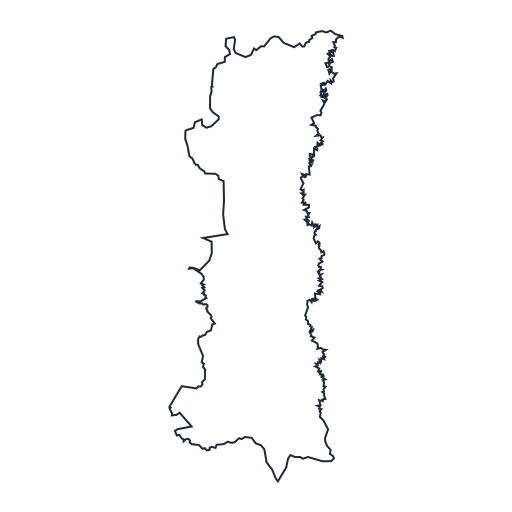 outline of Jericho & Al Aghwar, West Bank, Palestine
{"feature_id": "87354302B18647900198549", "entity_name": "Jericho & Al Aghwar", "entity_type": "district", "adm_level": 2, "iso_a3": "PSE", "parent_name": "Palestine", "parent_adm1": "West Bank", "projection": "robinson", "projection_center": [35.498, 31.968], "detail": "fine", "context": "isolated", "style": "outline", "palette": "slate", "viewbox_px": 512, "rotation_deg": 0, "n_neighbors": 0, "source": "geoboundaries", "source_scale": "gbopen_adm2", "svg_char_len": 6001}
<svg xmlns="http://www.w3.org/2000/svg" viewBox="0 0 512 512"><path d="M342.4,36.1L335.2,34.1L330.8,30.7L326.2,32.5L322.3,31.1L316.2,32.2L315.4,34.2L311.6,35.9L312.3,38.1L309.3,39.9L309.2,41.7L305.9,42.7L304.2,46.5L302.3,46.5L299.7,43.5L294.1,47.2L283.8,42.9L278.5,36.9L273.7,36.5L270.5,38.4L264.2,46.3L261.0,46.3L256.2,50.2L254.0,48.5L251.0,54.9L245.5,57.1L235.7,53.0L233.7,49.1L235.1,39.8L233.9,37.1L226.2,38.7L225.5,46.1L229.1,49.8L230.0,54.0L224.9,57.1L224.7,61.9L217.4,64.0L216.0,67.1L213.3,69.1L211.9,85.7L212.5,86.6L211.2,87.2L211.6,91.8L210.1,96.3L210.0,108.3L212.7,112.2L218.6,116.3L218.8,119.2L211.4,126.2L206.4,127.7L202.3,125.2L201.7,119.4L194.9,122.3L193.6,127.8L185.7,130.4L185.4,131.9L185.2,138.8L187.6,146.2L189.4,156.3L192.4,158.5L194.6,163.3L195.9,164.8L197.8,164.9L199.7,168.3L204.2,171.3L205.1,173.5L215.3,173.8L218.3,175.7L218.7,179.0L223.6,181.2L224.0,201.0L223.1,214.2L224.9,229.1L227.6,234.1L203.1,238.0L211.6,241.7L211.8,253.2L209.3,260.6L199.9,270.3L193.3,267.9L189.6,267.5L189.0,268.7L193.3,268.2L201.4,273.8L203.6,276.7L203.8,279.7L200.9,283.3L203.7,284.6L202.2,285.1L204.3,287.4L202.4,287.9L204.6,290.1L202.4,293.3L204.2,293.5L204.1,294.8L205.9,295.5L205.4,297.0L206.4,298.0L200.5,301.4L195.4,301.2L199.5,303.5L202.3,303.4L203.2,304.6L206.1,304.1L207.4,305.2L207.6,306.5L206.1,308.4L207.5,310.4L207.2,311.4L211.0,315.3L211.6,316.6L210.8,318.3L214.8,323.6L212.4,324.4L210.9,330.4L207.0,331.8L204.9,335.2L202.8,335.3L201.0,336.9L199.6,336.4L198.1,339.1L198.2,344.1L203.0,356.0L201.7,362.4L203.9,363.7L203.0,367.0L205.1,369.4L204.8,379.5L201.9,382.2L202.5,384.3L200.8,386.5L198.2,386.4L196.4,388.4L181.7,386.2L169.4,406.9L170.6,407.7L169.7,408.7L172.1,413.7L171.8,415.4L176.5,414.9L179.6,412.7L191.6,426.5L177.4,429.2L174.9,431.0L176.9,435.5L179.3,434.8L181.9,438.6L183.6,439.3L183.6,441.3L185.7,439.3L188.4,438.9L190.0,440.4L189.7,442.6L191.9,444.2L198.9,445.0L202.7,448.9L204.6,448.1L206.8,450.3L209.6,449.9L209.6,447.9L211.6,446.8L215.5,447.9L216.6,444.8L223.8,444.1L227.6,441.8L231.8,442.9L234.6,442.2L239.1,438.2L241.7,439.1L245.0,437.0L251.8,437.9L255.7,443.3L260.9,445.2L264.4,449.4L266.5,462.2L272.2,469.7L275.9,478.8L277.9,481.3L286.2,467.5L288.1,458.5L290.5,455.1L295.3,457.1L300.0,457.0L302.9,458.7L307.9,457.0L322.6,461.3L331.2,461.2L333.9,458.4L333.1,456.2L329.9,453.8L330.6,449.9L327.0,445.8L325.2,441.3L325.1,437.9L328.1,429.4L323.6,420.7L319.8,416.8L320.7,412.8L319.6,411.3L321.3,409.1L319.1,408.8L319.8,406.7L317.6,405.8L320.5,405.1L319.1,400.2L320.6,400.9L321.9,400.0L322.8,401.0L323.4,399.1L325.4,398.9L324.0,395.3L324.3,393.5L322.4,392.0L323.9,391.3L323.5,389.3L325.6,386.7L323.5,386.3L324.1,382.3L322.7,380.2L325.4,379.3L321.4,377.0L321.6,375.9L323.6,375.9L323.1,374.5L319.8,374.3L321.0,371.1L319.8,371.0L319.9,372.6L318.0,371.6L319.3,368.6L315.3,366.5L317.7,365.6L316.2,363.9L317.7,364.2L318.1,362.3L320.0,363.2L319.5,359.8L321.1,361.3L321.3,358.3L323.9,359.1L322.4,356.4L324.3,357.6L325.2,356.9L323.4,355.8L324.2,354.7L322.5,352.0L325.9,349.8L323.1,349.6L321.0,347.9L317.4,348.8L318.0,346.2L317.3,343.4L311.9,340.5L314.4,337.6L310.9,336.3L311.4,335.2L309.9,332.6L312.6,331.4L313.2,329.5L310.2,330.5L311.9,326.9L310.2,326.2L310.3,324.8L308.1,324.1L307.8,320.7L305.8,319.5L306.3,317.1L305.1,315.5L308.1,307.1L307.1,304.8L307.5,300.8L309.7,299.8L311.6,302.2L312.1,298.9L314.2,298.6L313.1,300.3L314.2,301.2L317.4,299.8L315.5,298.3L314.9,293.5L320.2,294.3L320.0,292.9L317.4,291.2L318.4,290.1L321.7,291.7L320.4,289.5L322.6,288.3L322.5,286.5L319.0,285.7L322.3,282.1L319.0,280.6L321.6,279.4L319.2,278.3L321.1,277.8L319.8,276.2L321.4,274.3L319.6,274.8L317.4,270.9L319.2,272.2L319.3,270.2L321.6,269.6L320.5,269.2L320.8,266.9L319.1,267.0L318.3,265.5L318.9,263.5L322.5,261.7L319.6,258.7L321.6,257.9L321.4,256.2L324.3,254.8L324.3,253.2L323.5,251.2L321.3,252.4L320.9,250.1L319.3,248.8L318.7,246.8L319.5,246.0L318.6,244.3L319.7,243.7L318.7,241.9L317.9,241.3L315.9,243.3L313.6,238.5L314.3,235.7L315.8,234.8L314.5,233.6L314.6,231.6L315.8,231.3L316.1,229.6L319.0,228.4L319.5,226.1L317.3,227.6L317.4,224.9L314.6,226.8L315.9,223.4L313.9,226.2L312.2,222.6L311.6,225.5L309.3,224.2L307.6,225.1L307.3,223.5L308.9,221.0L308.1,220.3L307.9,221.7L306.9,221.8L304.6,219.6L307.0,219.0L306.0,216.7L308.7,216.8L307.9,215.7L309.3,213.1L307.5,213.3L306.7,210.9L304.0,210.0L309.0,207.3L309.0,204.8L303.6,204.9L303.6,203.7L305.6,203.9L305.4,202.6L302.0,202.7L303.7,199.8L302.5,198.3L304.9,194.8L303.2,195.1L301.4,193.3L303.6,193.0L303.7,189.7L302.0,190.5L300.5,189.1L303.5,183.2L300.9,178.6L301.1,177.4L303.0,176.5L301.9,173.9L304.2,174.7L303.9,176.5L304.8,177.2L305.8,176.8L306.1,174.2L309.7,174.6L308.8,166.5L310.8,166.3L311.6,164.8L310.4,165.3L309.3,163.2L313.6,161.3L309.9,161.4L309.6,160.3L312.2,159.8L309.7,158.6L311.9,157.5L309.8,156.2L309.7,153.9L312.3,154.4L313.1,156.5L314.1,156.0L314.0,148.4L317.1,150.2L317.5,149.0L315.5,146.8L319.1,145.7L317.3,144.1L317.6,142.7L320.3,145.0L323.4,144.3L320.5,143.5L323.0,141.3L320.6,140.4L322.8,137.4L321.3,137.4L320.6,135.3L316.1,135.8L318.7,133.7L317.3,130.8L318.0,128.8L315.7,126.8L315.8,125.7L311.3,124.9L314.1,123.1L311.5,117.6L316.9,115.1L320.6,115.3L321.5,112.6L320.4,110.9L324.5,103.6L323.0,100.6L325.5,101.6L326.9,99.3L324.0,97.4L326.6,96.6L327.7,94.8L327.1,93.7L326.2,93.8L325.7,96.0L323.9,94.4L322.6,97.2L321.5,96.8L322.7,95.7L320.4,95.3L321.3,94.0L320.5,92.4L321.0,91.2L322.7,91.2L323.8,93.0L326.3,90.3L325.8,88.6L324.3,90.3L321.4,89.1L320.7,85.3L323.7,84.9L321.6,83.5L324.1,82.7L325.7,84.1L327.6,80.9L330.9,83.3L330.6,80.3L332.5,82.1L333.8,81.4L333.1,78.4L336.5,73.3L334.0,73.7L330.9,71.2L329.4,73.6L328.3,69.8L329.8,69.2L331.6,70.4L331.8,67.3L329.5,66.2L327.1,67.2L325.4,63.3L328.3,62.5L329.2,64.7L330.3,62.7L332.9,61.8L331.9,59.0L329.0,61.3L328.4,59.1L330.3,56.3L327.6,53.9L329.5,52.9L331.8,55.9L333.9,55.9L333.1,52.2L329.8,52.0L329.2,51.0L332.9,49.9L334.8,51.2L336.2,47.8L334.4,47.3L334.8,45.3L333.3,42.1L335.9,42.1L336.0,39.4L338.0,37.4L340.4,36.7L342.6,37.8L342.4,36.1Z" fill="none" stroke="#1e293b" stroke-width="2"/></svg>